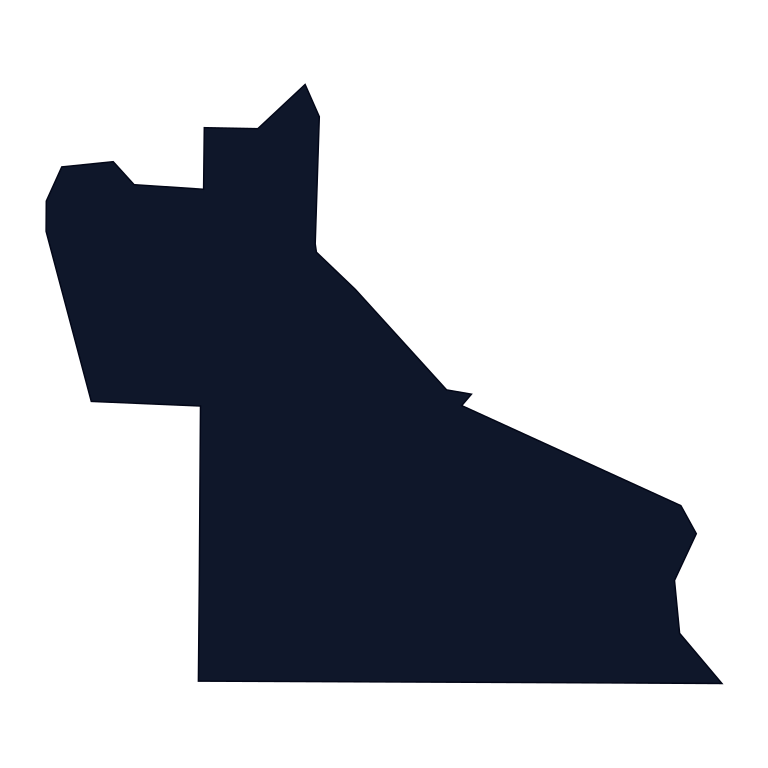 Dawson, Georgia, United States of America (Mercator projection)
{"feature_id": "52423323B59188916162072", "entity_name": "Dawson", "entity_type": "district", "adm_level": 2, "iso_a3": "USA", "parent_name": "United States of America", "parent_adm1": "Georgia", "projection": "mercator", "projection_center": [-84.168, 34.476], "detail": "fine", "context": "isolated", "style": "filled", "palette": "ink", "viewbox_px": 768, "rotation_deg": 0, "n_neighbors": 0, "source": "geoboundaries", "source_scale": "gbopen_adm2", "svg_char_len": 463}
<svg xmlns="http://www.w3.org/2000/svg" viewBox="0 0 768 768"><path d="M721.9,683.5L679.6,633.3L674.5,580.4L696.3,533.7L680.9,505.7L461.7,405.6L471.4,394.2L446.6,389.9L355.5,289.6L316.4,252.2L315.2,243.8L319.3,116.7L305.1,84.5L257.8,128.7L204.3,127.7L203.6,189.3L134.1,184.7L113.2,161.7L61.8,166.9L46.3,201.1L46.1,231.3L91.3,401.4L200.5,406.0L199.3,584.5L198.4,681.1L389.0,681.9L615.0,682.9L721.9,683.5Z" fill="#0f172a" stroke="#020617" stroke-width="1.5"/></svg>